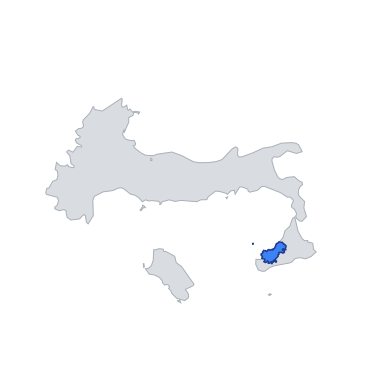 Italy, with Palermo highlighted, rotated 315°
{"feature_id": "ITA-5410", "entity_name": "Palermo", "entity_type": "Province", "adm_level": 1, "iso_a3": "ITA", "parent_name": "Italy", "parent_adm1": "", "projection": "orthographic", "projection_center": [13.554, 38.128], "detail": "fine", "context": "in_parent", "style": "filled", "palette": "blue", "viewbox_px": 384, "rotation_deg": 315, "n_neighbors": 0, "source": "natural_earth", "source_scale": "10m", "svg_char_len": 6110}
<svg xmlns="http://www.w3.org/2000/svg" viewBox="0 0 384 384"><g transform="rotate(315 192 192)"><path d="M91.9,86.7L93.7,88.0L101.0,86.0L105.2,87.7L108.9,85.6L111.5,82.1L111.2,79.3L117.1,75.3L117.4,80.3L120.4,83.8L123.4,84.8L122.6,86.8L125.4,91.1L126.6,90.8L127.1,90.1L126.5,86.6L131.2,80.0L131.6,75.3L132.4,74.8L134.5,75.3L136.0,79.7L143.2,78.6L145.5,82.1L146.7,81.5L145.1,75.7L146.1,72.8L147.9,72.4L149.2,73.8L151.9,74.3L152.1,72.6L151.5,71.4L152.6,66.5L156.7,67.0L159.0,68.9L161.8,68.9L164.4,65.0L166.3,64.1L175.4,64.0L182.2,61.8L182.8,62.3L181.5,64.2L181.9,65.4L185.8,71.3L208.5,75.9L208.1,77.3L203.3,81.0L202.9,82.4L203.6,83.6L207.3,84.5L204.8,87.9L204.8,89.2L206.8,89.4L206.5,93.5L208.9,94.8L211.6,98.5L208.9,99.2L210.0,98.2L207.2,94.6L204.4,96.1L199.8,94.6L196.7,97.9L186.1,102.0L188.0,100.1L187.2,100.1L183.4,102.5L182.4,107.6L185.3,112.7L187.6,114.5L186.5,117.6L185.1,118.7L183.2,117.9L182.6,120.6L183.5,127.9L185.1,133.1L190.3,138.9L194.2,140.7L206.1,149.6L210.5,159.3L214.4,171.6L217.6,176.2L224.3,182.7L230.4,187.5L236.2,190.3L251.0,189.9L254.8,190.9L255.3,192.9L254.7,194.3L250.3,197.9L250.1,200.6L252.3,202.5L262.6,207.3L273.2,211.2L280.5,216.5L289.8,220.7L297.3,227.5L300.1,231.1L300.7,234.0L299.2,239.2L298.4,241.3L293.1,238.6L288.6,230.2L279.5,229.1L276.8,227.7L275.2,225.2L272.4,225.0L270.5,226.5L265.8,234.7L263.4,241.8L263.3,244.6L264.9,247.3L269.3,248.7L275.1,253.4L275.5,259.6L276.7,263.0L275.3,265.0L272.4,264.6L268.6,266.0L266.0,268.4L264.9,270.6L264.9,278.3L259.8,282.4L255.6,290.3L249.0,290.5L247.4,288.2L247.2,284.6L248.3,282.4L250.7,281.3L252.2,276.7L251.6,273.5L252.5,272.0L257.8,269.7L257.9,265.1L255.8,263.1L254.0,254.8L247.1,239.0L245.0,237.4L239.4,237.1L232.8,233.0L232.3,231.2L233.4,229.5L232.6,227.2L230.5,223.2L229.1,222.2L220.9,224.1L223.2,220.8L220.3,218.7L215.3,218.7L215.3,217.3L211.7,210.8L209.3,208.1L200.1,206.8L197.1,207.9L192.6,203.7L188.5,202.2L178.3,190.2L173.3,186.6L170.3,181.4L164.0,177.8L161.1,178.6L160.4,177.9L162.0,176.9L161.7,174.9L157.6,169.7L155.2,168.0L153.6,164.7L150.0,163.8L150.3,157.8L149.2,153.6L147.0,150.0L146.0,141.5L145.0,139.0L142.5,137.1L136.9,134.9L129.3,129.1L120.0,126.0L116.1,127.7L105.5,138.9L96.0,141.1L96.0,138.6L99.9,133.4L99.4,131.3L93.6,131.6L86.5,126.1L85.8,121.7L88.3,117.7L89.6,116.8L89.1,114.0L84.8,111.3L83.3,107.5L83.3,106.3L84.5,105.7L87.1,106.1L91.5,103.8L93.0,100.4L87.5,91.0L87.9,89.2L91.9,86.7ZM186.6,141.2L186.9,139.0L185.0,140.3L185.5,141.3L186.6,141.2ZM247.0,282.3L239.3,294.6L236.8,302.9L237.2,306.0L239.5,308.2L238.4,309.1L240.9,312.9L240.9,314.0L237.4,318.4L237.4,322.2L230.6,321.8L225.0,319.6L222.3,315.3L220.1,313.4L217.8,312.0L213.0,312.1L210.9,311.2L198.3,302.6L193.4,300.3L187.7,299.6L185.5,297.7L183.7,293.9L186.0,288.1L189.7,284.8L193.0,288.6L195.9,287.4L196.1,286.2L198.1,284.7L200.7,284.7L210.6,290.0L215.8,288.4L220.5,289.0L224.8,288.3L230.4,285.1L236.9,285.4L244.3,281.8L247.0,282.3ZM131.4,215.4L134.3,225.2L130.9,230.9L131.9,237.2L128.2,258.5L126.6,259.1L118.4,256.2L117.5,261.1L116.3,263.0L114.6,264.2L110.1,263.7L106.0,256.4L106.0,249.4L107.0,247.5L107.3,243.5L109.1,243.3L109.4,240.6L108.4,239.1L106.8,238.5L107.0,235.5L108.3,233.2L108.5,229.2L106.6,223.8L103.7,219.9L104.8,213.3L107.3,215.2L111.3,215.3L116.1,213.0L124.2,205.7L125.2,207.1L128.4,208.6L131.2,212.0L130.0,214.1L131.4,215.4ZM147.7,166.4L148.3,168.0L148.0,170.1L146.5,168.8L142.7,169.2L142.4,168.1L147.0,167.3L147.7,166.4ZM106.9,259.9L105.7,262.4L104.7,259.0L104.8,258.6L106.9,259.9ZM107.3,208.7L105.4,211.3L104.5,211.2L106.9,208.2L107.3,208.7ZM175.7,320.5L173.4,319.9L173.4,318.7L175.1,318.9L175.7,320.5ZM213.7,220.6L211.9,221.4L212.0,220.0L213.7,220.6Z" fill="#d9dde1" stroke="#a8b0b8" stroke-width="1"/><path d="M194.5,288.3L195.5,287.9L196.2,287.4L196.3,287.2L196.3,286.9L196.3,286.6L196.3,286.4L196.1,286.1L196.1,285.9L196.7,285.3L196.6,285.1L196.8,284.9L197.0,284.7L197.4,284.7L198.1,285.0L198.5,285.0L199.1,285.1L199.5,284.8L199.7,284.3L200.0,284.4L200.5,284.2L200.9,284.1L201.1,284.0L201.3,283.9L201.4,284.0L201.4,284.3L201.5,284.5L202.2,285.0L202.3,285.1L202.4,286.0L202.7,286.9L205.1,286.7L205.7,287.1L205.6,287.6L205.7,287.8L205.8,288.1L206.0,288.3L206.6,288.5L207.3,289.1L207.9,289.5L208.8,289.7L209.1,289.8L208.9,290.0L209.4,290.0L210.6,290.2L211.1,290.0L211.9,289.6L212.8,289.4L213.0,289.2L213.3,288.9L213.6,288.8L214.9,288.5L215.2,288.2L216.0,288.7L216.4,288.9L216.9,288.9L217.2,288.9L217.8,288.7L218.3,288.8L219.5,290.8L220.3,291.4L220.3,291.7L220.1,292.4L220.1,292.7L220.4,293.5L220.1,293.7L220.0,294.2L220.0,294.8L220.2,295.1L220.5,295.3L220.6,295.5L220.6,295.8L220.5,296.2L220.1,296.9L219.6,297.3L219.0,297.5L218.5,297.6L218.3,297.7L218.1,298.0L217.9,298.6L217.8,298.9L217.5,299.1L217.4,298.9L216.9,298.7L216.5,298.4L216.4,298.4L216.0,298.4L215.8,298.6L215.6,298.8L215.4,299.2L215.2,299.5L214.8,299.8L214.3,300.0L214.0,299.9L213.0,299.4L212.8,299.1L212.7,298.3L212.6,298.0L212.5,297.6L212.2,297.4L211.6,297.2L211.3,296.9L211.1,296.4L210.9,296.2L210.6,296.2L210.3,296.4L209.5,297.5L208.6,297.1L208.4,297.1L208.3,297.3L208.0,297.9L207.7,298.2L206.8,298.4L203.8,298.4L203.5,298.6L203.2,298.9L202.9,299.1L202.6,299.3L202.5,299.8L202.9,300.3L202.9,300.6L202.0,301.1L201.8,300.9L201.6,300.6L201.4,299.6L201.8,298.5L201.9,298.1L201.6,298.0L201.4,298.0L201.1,298.4L200.9,298.5L200.4,298.5L200.2,298.5L200.1,298.9L200.0,299.0L199.9,299.0L199.7,299.0L199.4,298.8L199.2,298.5L198.9,297.7L198.6,297.4L197.6,297.1L196.4,297.1L196.0,296.9L195.6,296.1L196.7,295.2L196.5,294.7L196.6,294.2L195.5,294.2L194.3,293.9L194.0,293.7L193.9,293.4L193.9,293.0L194.0,292.6L193.6,292.4L193.7,291.9L194.8,292.0L195.3,291.8L195.8,291.3L195.9,290.6L195.0,289.5L194.6,288.9L194.5,288.3ZM215.2,297.6L215.8,297.6L216.1,297.5L216.4,297.3L216.6,297.0L216.5,296.7L216.2,296.5L215.8,296.5L215.6,296.5L215.4,296.7L215.3,296.8L215.0,297.3L215.0,297.6L215.2,297.6ZM197.9,298.5L198.1,298.5L198.4,298.7L198.5,298.9L198.3,299.1L198.0,299.2L197.8,299.2L197.7,298.8L197.7,298.6L197.9,298.5ZM198.4,271.4L198.7,271.4L198.9,271.6L198.5,272.0L198.3,272.1L198.1,272.0L198.1,271.8L198.2,271.6L198.4,271.4Z" fill="#3b82f6" stroke="#1e3a8a" stroke-width="1.5"/></g></svg>